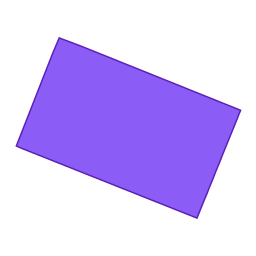 outline of Banner, Nebraska, United States of America, rotated 202°
{"feature_id": "52423323B1452936307731", "entity_name": "Banner", "entity_type": "district", "adm_level": 2, "iso_a3": "USA", "parent_name": "United States of America", "parent_adm1": "Nebraska", "projection": "orthographic", "projection_center": [-103.858, 41.546], "detail": "fine", "context": "isolated", "style": "filled", "palette": "violet", "viewbox_px": 256, "rotation_deg": 202, "n_neighbors": 0, "source": "geoboundaries", "source_scale": "gbopen_adm2", "svg_char_len": 413}
<svg xmlns="http://www.w3.org/2000/svg" viewBox="0 0 256 256"><g transform="rotate(202 128 128)"><path d="M224.8,69.5L219.5,69.3L30.3,70.3L30.3,90.5L30.2,93.2L30.2,99.0L30.3,102.5L30.2,110.7L30.3,121.4L30.3,125.8L30.2,130.2L30.2,131.0L30.3,137.4L30.3,139.9L30.2,177.3L30.3,181.1L30.2,186.6L201.9,186.3L223.4,185.8L225.5,185.8L225.8,169.4L224.8,69.5Z" fill="#8b5cf6" stroke="#5b21b6" stroke-width="1.5"/></g></svg>